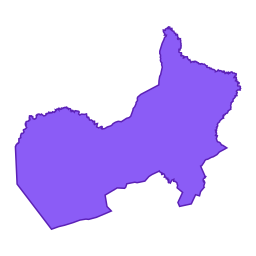 Kaoma, Western, Zambia (Natural Earth projection)
{"feature_id": "96606910B45616226024157", "entity_name": "Kaoma", "entity_type": "district", "adm_level": 2, "iso_a3": "ZMB", "parent_name": "Zambia", "parent_adm1": "Western", "projection": "natural_earth1", "projection_center": [24.477, -14.518], "detail": "fine", "context": "isolated", "style": "filled", "palette": "violet", "viewbox_px": 256, "rotation_deg": 0, "n_neighbors": 0, "source": "geoboundaries", "source_scale": "gbopen_adm2", "svg_char_len": 5793}
<svg xmlns="http://www.w3.org/2000/svg" viewBox="0 0 256 256"><path d="M226.8,147.9L222.6,145.2L221.5,145.0L220.3,143.0L219.2,142.2L217.8,141.9L217.2,141.2L216.3,138.6L217.4,135.7L217.0,135.4L216.5,135.9L215.5,135.5L216.6,133.2L216.3,132.4L215.9,132.3L216.2,131.4L215.9,131.5L215.6,131.1L215.5,130.4L216.1,130.6L216.6,130.0L216.4,129.2L216.9,128.2L216.6,127.7L217.0,127.6L217.1,127.0L216.9,126.7L217.6,126.2L217.7,125.0L217.3,124.5L217.9,123.2L219.5,121.9L219.7,121.1L220.5,120.1L222.3,118.6L223.5,118.1L223.0,117.5L223.4,117.0L223.1,116.4L223.5,116.1L223.1,115.8L223.5,115.0L224.3,115.1L225.3,114.3L225.3,113.8L227.4,113.0L227.4,112.5L228.1,111.7L228.1,110.9L230.9,109.1L230.6,108.3L231.0,107.1L230.6,105.6L231.2,103.8L231.0,102.9L232.0,102.3L232.1,101.7L233.1,101.2L233.0,100.0L233.5,98.6L234.0,98.5L235.3,96.9L235.0,95.9L235.4,95.6L236.5,95.8L237.0,95.6L236.4,93.7L237.2,93.0L237.2,92.4L236.5,91.8L236.4,91.1L237.7,90.0L240.2,90.0L240.0,89.0L240.6,88.5L240.2,87.7L240.4,86.6L239.8,86.0L237.8,86.0L237.6,85.7L237.9,83.4L239.0,83.7L239.2,82.9L238.4,82.6L237.7,81.5L236.9,81.7L236.6,80.9L235.5,80.8L235.6,80.3L236.5,80.3L236.7,79.9L236.2,78.3L236.3,77.6L234.0,77.6L234.7,76.2L235.9,75.9L236.3,74.0L236.0,73.6L234.9,73.6L234.3,73.0L232.7,73.0L232.1,72.0L231.6,71.9L230.2,72.4L229.8,73.2L228.2,72.1L227.8,72.7L228.5,73.0L228.7,73.5L228.4,73.8L226.3,72.4L225.7,73.4L225.0,73.5L224.3,71.3L223.8,71.4L223.6,72.2L223.1,72.2L222.9,71.2L222.0,71.7L221.0,70.7L219.5,70.6L219.2,70.9L218.2,69.9L216.9,71.3L215.4,71.7L215.5,71.1L214.8,70.2L213.8,69.5L212.3,69.4L211.3,68.3L210.1,68.7L209.7,67.6L207.1,67.4L206.8,67.1L207.1,65.9L206.1,65.8L204.4,64.1L203.0,64.3L201.9,63.6L201.0,63.7L200.7,64.2L199.8,63.7L199.0,63.9L198.4,62.8L197.3,62.7L197.0,62.0L196.2,62.0L196.0,61.5L194.9,61.2L194.0,62.1L193.6,61.9L193.7,61.5L192.7,61.5L190.9,62.4L190.6,61.0L190.0,60.7L189.8,59.7L188.9,60.0L187.6,58.4L187.3,56.8L185.2,56.8L183.8,58.0L183.3,58.0L183.8,56.2L182.2,55.5L181.2,55.9L180.8,55.2L181.6,54.0L181.4,52.8L180.3,52.7L178.9,52.0L179.0,49.5L180.0,49.9L180.3,48.3L181.0,48.0L180.9,46.9L181.2,45.8L180.8,44.9L181.1,44.0L180.6,42.2L180.7,40.3L180.3,39.5L180.4,38.7L179.5,38.8L178.8,38.2L178.1,39.4L177.7,39.2L177.5,38.8L177.9,38.0L177.4,34.6L176.3,35.0L175.7,34.9L175.8,33.4L174.4,33.1L173.8,31.2L172.7,31.1L171.8,30.4L172.1,30.0L171.9,28.4L171.4,28.4L170.4,29.4L169.9,28.8L169.9,27.2L168.7,26.8L167.8,27.5L168.4,28.3L168.1,28.8L166.7,28.4L165.9,28.8L165.3,29.3L165.4,30.3L165.1,30.5L163.3,30.0L163.4,31.7L164.9,34.1L164.4,35.1L166.4,35.2L165.9,36.5L165.0,37.0L164.2,38.3L164.2,39.0L162.2,43.3L159.8,51.1L159.8,53.7L160.4,54.6L160.6,56.2L160.2,57.1L160.7,58.2L160.4,60.4L160.9,61.9L161.8,62.7L161.6,64.7L162.3,67.1L160.6,74.7L159.7,76.3L159.0,80.8L158.8,84.9L140.8,94.4L137.7,97.1L137.3,98.2L137.5,100.5L136.1,102.4L136.0,103.9L134.7,106.8L133.2,108.5L132.8,110.6L130.7,116.3L129.1,117.6L126.6,118.3L121.3,121.7L118.2,121.3L115.3,122.3L113.0,123.7L112.1,124.9L110.9,125.8L107.2,127.0L104.9,128.5L102.1,129.0L101.3,128.4L102.1,127.6L102.3,127.0L101.9,126.5L101.2,126.5L98.7,127.9L96.6,126.8L97.5,123.5L96.1,123.7L94.8,124.6L94.3,124.3L94.1,123.8L94.6,122.7L94.5,121.2L93.7,121.2L93.0,121.8L92.3,120.6L91.2,119.9L90.2,120.2L89.5,120.0L88.7,117.3L88.0,117.1L87.5,117.6L86.9,117.0L86.5,113.9L84.5,114.4L81.6,114.1L79.7,115.0L78.6,114.0L79.2,112.0L78.7,111.3L75.3,110.7L74.6,111.8L74.5,111.2L73.6,111.1L73.4,111.4L73.0,110.8L72.6,111.2L72.1,110.5L71.3,111.4L71.2,110.9L70.8,110.8L71.1,110.4L70.7,110.4L70.6,109.2L70.2,108.7L69.1,108.6L68.5,109.2L68.2,108.3L67.7,108.4L67.0,107.5L66.8,107.9L66.2,107.2L65.2,107.7L65.3,108.2L64.8,107.4L63.5,107.8L63.0,108.4L61.9,108.0L61.7,109.0L60.6,109.4L60.0,109.1L60.0,108.7L59.5,108.9L59.1,108.4L58.9,109.1L58.6,108.6L58.3,108.8L58.5,109.5L58.0,109.0L57.8,109.3L57.0,109.0L56.5,110.0L55.7,109.8L56.0,110.2L55.7,110.5L55.5,111.5L54.3,111.4L54.6,111.5L54.4,112.3L52.6,111.8L52.5,112.5L51.1,112.9L50.8,112.4L50.0,112.6L49.1,112.3L49.3,113.0L48.5,112.8L47.7,113.6L47.0,113.4L46.6,114.0L46.5,113.7L45.9,113.9L46.0,114.7L45.2,115.6L43.8,115.9L41.7,114.3L41.3,114.5L41.3,114.2L40.1,114.7L39.0,114.0L37.3,114.4L36.4,115.2L37.0,115.5L36.3,116.5L36.3,117.7L35.7,118.5L35.3,118.1L35.4,118.3L34.5,119.2L33.0,118.6L32.7,116.6L31.6,116.6L31.5,115.8L30.2,115.8L30.5,116.2L29.6,116.4L29.8,116.7L29.3,117.4L29.3,118.4L29.9,119.0L29.6,119.2L29.8,119.9L28.8,120.3L28.7,121.0L26.2,121.6L25.9,122.9L25.5,123.1L25.3,124.2L25.6,125.0L25.8,124.9L25.6,125.4L26.0,125.6L25.9,126.2L26.7,127.6L25.3,129.0L23.5,129.7L23.4,130.7L24.0,131.7L23.8,132.4L22.6,133.5L21.7,133.3L21.2,133.8L20.5,136.1L20.8,137.7L18.9,138.7L18.9,142.5L18.3,143.3L17.8,143.1L17.1,143.6L17.1,144.1L15.9,145.2L16.0,145.8L15.4,146.6L17.1,184.1L51.5,229.2L58.8,226.6L64.7,225.2L73.1,222.6L79.9,220.1L85.9,219.1L88.6,219.4L96.5,217.3L111.3,211.0L107.0,206.5L105.1,195.1L117.2,187.9L124.6,188.3L125.7,187.2L126.8,183.8L134.8,182.2L137.1,182.7L144.9,181.1L148.9,176.5L152.0,174.5L159.2,171.1L159.2,171.5L162.3,173.2L162.3,173.5L161.5,173.6L161.7,174.5L162.5,174.4L163.3,173.7L164.1,174.1L164.8,175.5L164.3,177.1L165.7,177.1L166.4,178.0L166.2,178.7L166.8,178.9L167.5,178.5L167.5,179.4L168.1,180.5L168.3,179.5L168.6,179.5L168.8,181.2L168.2,182.0L168.5,182.6L169.0,182.3L170.3,183.1L171.8,180.2L173.8,179.3L173.6,181.3L175.4,181.5L177.1,183.1L177.1,184.0L177.7,185.2L177.1,187.8L182.6,192.4L177.9,202.5L179.6,206.4L191.3,203.9L195.6,194.7L199.5,195.8L200.6,191.6L204.2,187.3L203.9,187.1L203.8,185.8L204.8,182.7L204.3,181.2L203.7,181.6L203.7,181.1L203.3,181.0L203.2,179.5L203.4,178.9L205.0,177.8L205.6,176.8L204.9,176.8L205.2,176.4L204.8,176.3L204.9,175.9L200.6,166.1L201.8,165.6L204.5,161.5L204.7,160.7L205.9,159.6L207.8,159.2L211.4,157.3L213.2,156.8L217.0,154.6L219.3,152.0L226.8,147.9Z" fill="#8b5cf6" stroke="#5b21b6" stroke-width="1.5"/></svg>